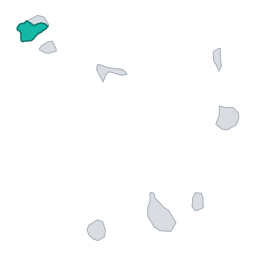 location of Porto Novo within Cabo Verde
{"feature_id": "CPV-5060", "entity_name": "Porto Novo", "entity_type": "state/province", "adm_level": 1, "iso_a3": "CPV", "parent_name": "Cabo Verde", "parent_adm1": "", "projection": "robinson", "projection_center": [-25.199, 17.027], "detail": "fine", "context": "in_parent", "style": "filled", "palette": "teal", "viewbox_px": 256, "rotation_deg": 0, "n_neighbors": 0, "source": "natural_earth", "source_scale": "10m", "svg_char_len": 1565}
<svg xmlns="http://www.w3.org/2000/svg" viewBox="0 0 256 256"><path d="M176.0,222.6L171.0,231.4L160.0,230.7L154.4,227.1L147.7,216.1L147.9,207.6L150.2,200.3L149.8,193.9L150.7,192.2L154.1,193.3L154.7,197.6L164.7,208.1L168.4,210.2L176.0,222.6ZM32.9,38.8L24.8,40.8L21.4,39.8L20.3,32.3L18.7,27.3L19.1,25.1L37.5,15.4L44.1,17.0L48.6,24.7L45.5,29.0L32.9,38.8ZM219.3,106.1L226.2,107.8L228.8,107.2L233.2,107.6L238.0,112.5L238.9,117.8L236.6,124.5L227.4,129.9L222.2,129.3L215.9,124.3L219.5,114.5L219.3,106.1ZM104.4,237.0L97.9,240.6L93.4,239.1L89.1,235.3L87.0,229.9L88.7,225.3L97.4,219.8L102.6,221.6L105.4,230.1L104.4,237.0ZM122.4,69.5L125.8,72.3L127.0,74.3L121.9,75.4L109.6,71.7L106.3,73.9L103.0,81.8L96.7,69.9L97.2,65.5L98.5,64.3L107.2,67.4L122.4,69.5ZM197.7,210.4L195.4,210.8L191.9,206.5L192.7,200.6L192.3,199.0L195.3,192.7L201.3,193.3L202.9,197.9L203.2,207.6L197.7,210.4ZM56.3,51.0L49.5,53.2L45.3,53.0L39.2,49.6L41.1,46.0L47.7,42.0L52.2,41.1L55.9,48.3L56.3,51.0ZM221.6,66.1L219.0,70.9L215.7,63.8L214.0,62.1L213.1,51.9L217.9,48.8L220.2,48.5L220.3,59.1L221.6,66.1Z" fill="#d9dde1" stroke="#a8b0b8" stroke-width="1"/><path d="M48.0,26.2L45.7,29.1L45.3,29.1L44.9,29.4L43.4,30.1L43.0,30.4L42.3,31.4L37.3,34.0L35.1,36.6L33.5,38.9L31.4,40.5L27.8,41.0L24.7,41.0L23.7,41.2L23.0,41.6L22.2,41.6L21.2,40.7L21.0,39.6L21.0,33.3L19.8,31.0L19.6,30.8L18.1,30.5L17.6,30.1L17.1,28.5L17.5,27.1L19.6,24.5L20.7,23.7L21.9,23.5L23.0,23.6L23.8,23.5L24.6,22.9L26.6,20.8L31.1,23.5L33.8,25.6L37.6,23.9L40.9,23.0L44.6,23.7L46.9,25.4L48.0,26.2Z" fill="#14b8a6" stroke="#0f766e" stroke-width="1.5"/></svg>